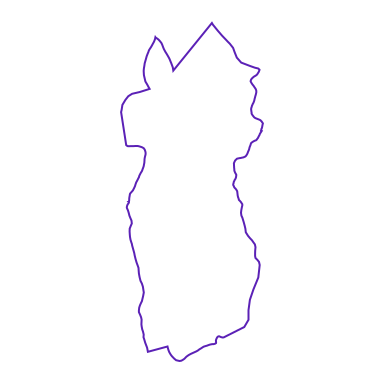 Monchy/Ti Dauphin, Gros Islet, Saint Lucia
{"feature_id": "8701671B56834223394204", "entity_name": "Monchy/Ti Dauphin", "entity_type": "district", "adm_level": 2, "iso_a3": "LCA", "parent_name": "Saint Lucia", "parent_adm1": "Gros Islet", "projection": "robinson", "projection_center": [-60.932, 14.041], "detail": "fine", "context": "isolated", "style": "outline", "palette": "violet", "viewbox_px": 384, "rotation_deg": 0, "n_neighbors": 0, "source": "geoboundaries", "source_scale": "gbopen_adm2", "svg_char_len": 5437}
<svg xmlns="http://www.w3.org/2000/svg" viewBox="0 0 384 384"><path d="M128.6,202.0L128.9,202.4L128.6,203.2L127.6,204.5L127.1,205.8L126.8,207.2L126.9,208.0L128.0,210.5L128.7,212.8L129.4,215.6L130.4,218.1L131.5,220.6L131.8,223.5L130.8,225.8L129.7,228.6L129.6,231.6L129.8,234.6L130.0,236.9L130.5,239.7L131.4,242.6L131.9,244.0L132.1,245.3L132.7,247.5L133.4,250.0L134.2,252.9L134.7,255.5L135.5,258.8L136.6,262.6L137.6,265.3L138.5,267.9L138.6,269.6L138.9,273.4L139.6,277.2L140.5,280.8L141.9,283.6L142.9,286.7L143.4,290.0L143.8,292.5L143.1,296.2L142.4,299.1L141.9,301.2L140.9,303.2L139.9,305.5L139.2,307.7L138.9,310.4L138.9,312.1L140.2,315.0L141.1,317.3L141.6,319.6L141.5,322.2L141.4,324.3L141.7,326.6L142.2,329.3L143.0,331.6L143.7,334.6L143.5,337.2L144.3,339.6L145.2,342.7L147.1,347.7L147.9,351.8L167.5,346.5L167.9,348.2L168.5,350.2L169.3,352.2L170.7,354.6L171.9,356.2L174.2,358.6L176.1,360.2L179.5,361.0L181.3,360.7L182.6,360.0L184.4,358.8L186.4,356.7L188.6,355.1L190.8,353.9L193.2,352.8L196.3,351.4L197.9,350.5L199.3,349.4L201.0,348.4L202.5,347.4L203.6,346.7L205.1,346.2L207.2,345.6L207.9,345.3L209.9,344.6L210.4,344.5L212.3,344.1L212.8,344.1L213.7,344.1L215.1,343.7L216.0,343.1L216.1,342.3L216.0,341.4L215.9,340.6L216.1,339.7L216.5,338.7L217.1,337.5L217.6,336.9L218.3,336.4L219.2,336.3L221.0,337.1L222.6,337.5L223.6,337.4L223.9,337.3L244.3,327.0L248.5,319.8L248.5,310.2L249.9,299.8L253.4,289.5L258.3,277.5L259.7,265.0L259.0,261.9L257.4,259.9L255.5,258.0L255.1,256.0L255.1,253.1L255.2,250.4L255.5,247.2L254.9,244.4L253.1,241.9L252.0,240.3L250.0,238.2L248.0,235.8L245.8,232.3L245.4,228.8L244.7,225.8L243.7,222.1L242.4,217.8L241.4,215.6L241.0,212.8L241.3,210.2L241.9,207.1L242.3,205.5L242.3,204.2L240.8,201.9L240.6,201.7L239.9,200.9L238.9,199.9L238.7,199.0L238.4,198.0L238.1,197.3L237.7,195.6L237.6,194.8L237.5,193.9L237.4,193.0L237.2,191.3L236.8,190.5L236.3,189.7L235.8,189.0L235.3,188.4L234.8,188.0L234.2,187.2L233.9,186.2L233.4,185.5L233.2,184.7L233.3,183.9L233.6,183.1L233.7,182.1L234.1,181.3L234.7,179.9L235.1,179.4L235.4,178.9L235.7,178.2L236.0,177.3L236.2,175.9L236.3,174.9L235.9,174.0L235.5,173.4L234.8,171.9L234.4,170.8L234.3,169.9L234.3,169.1L234.1,167.6L234.1,166.7L234.0,165.6L234.0,164.6L233.9,163.3L234.3,162.3L234.7,161.4L235.1,160.6L235.5,160.1L236.2,159.5L236.8,158.8L237.7,158.5L238.3,158.4L239.7,158.1L240.7,158.0L241.4,157.8L242.3,157.6L242.9,157.5L243.7,157.3L244.2,157.0L245.2,156.6L245.9,156.0L246.8,154.7L247.2,154.0L247.6,153.1L247.9,152.2L248.5,150.8L248.9,149.9L249.2,149.0L249.4,148.0L249.8,146.7L250.2,145.8L250.6,144.7L250.8,143.9L251.1,143.1L251.5,142.8L252.2,142.2L253.1,141.6L253.8,141.2L255.0,140.6L255.8,140.4L256.6,139.8L257.2,138.9L258.0,137.9L258.4,137.0L258.9,136.0L259.4,135.2L259.6,134.7L259.8,134.0L259.9,133.8L261.7,131.0L261.0,130.7L261.3,129.9L261.4,129.0L261.9,128.0L262.2,126.7L262.4,125.5L262.6,124.5L262.9,123.5L262.5,122.7L262.0,122.1L261.7,121.5L261.3,121.2L260.9,120.7L260.4,120.2L259.6,119.8L258.4,119.3L257.6,119.0L256.6,118.6L255.8,118.3L254.7,117.7L254.1,117.2L253.4,116.3L252.9,115.7L252.0,114.4L251.6,113.6L251.6,113.2L251.6,112.5L251.5,112.1L251.4,111.5L251.2,109.9L251.1,109.1L251.3,108.1L251.4,107.6L251.6,107.2L251.8,106.5L252.0,105.6L252.6,104.5L252.8,103.8L253.5,102.7L253.8,101.8L254.0,101.3L254.3,100.4L254.5,99.4L254.7,98.5L255.0,97.5L255.3,96.2L255.6,95.3L255.9,94.2L256.1,93.3L256.3,92.4L256.3,91.8L256.3,91.3L256.3,90.8L256.0,89.8L255.7,89.0L254.9,87.8L254.4,87.1L253.9,86.3L253.4,85.6L252.4,84.4L251.9,83.6L251.3,82.7L250.9,81.9L250.6,81.3L250.8,80.4L251.1,79.6L251.7,78.7L252.3,78.1L252.8,77.6L253.4,77.1L254.0,76.6L254.7,76.2L255.6,75.7L256.8,74.8L257.3,74.2L257.8,73.4L258.3,72.6L258.8,71.8L259.0,71.2L259.4,70.3L259.5,69.7L258.2,68.5L254.9,67.7L250.1,66.0L241.2,62.6L236.8,57.6L234.6,52.1L233.1,47.9L229.8,43.7L227.7,41.6L226.5,40.3L222.1,35.7L217.7,30.6L212.9,24.7L211.9,23.0L173.3,70.6L173.1,69.2L172.8,67.4L172.3,66.0L171.5,63.9L171.3,63.3L171.0,62.6L170.3,60.9L169.5,58.9L169.3,58.6L169.1,58.1L168.3,56.7L167.1,54.6L166.0,52.8L165.7,52.4L164.7,50.6L163.8,48.9L163.4,47.9L162.6,45.8L162.2,44.7L161.4,43.0L160.7,42.1L159.8,41.0L158.9,40.0L158.3,39.4L156.5,38.1L155.7,37.6L155.4,37.2L155.3,37.6L155.1,38.8L154.5,40.5L153.8,42.1L153.0,43.5L152.2,45.0L151.2,46.8L150.5,47.9L150.0,48.6L148.9,50.4L148.4,52.0L147.7,53.6L147.4,54.4L146.7,56.2L145.9,59.1L145.3,61.2L144.7,63.3L144.3,66.1L143.9,68.4L143.7,70.5L143.7,71.4L143.9,74.9L144.0,75.5L145.4,81.5L146.4,83.2L146.6,83.5L147.4,84.9L148.3,86.6L149.6,88.9L139.8,92.0L132.1,93.8L128.3,96.2L125.4,99.9L122.4,104.9L121.6,110.0L121.1,112.1L126.2,145.1L127.5,146.1L128.5,146.2L133.8,146.1L135.4,146.0L137.5,146.0L138.7,146.2L139.4,146.4L140.7,146.8L141.9,147.2L143.0,147.8L143.7,148.2L144.4,149.2L144.7,149.6L145.0,150.5L145.3,151.3L145.5,152.2L145.6,152.9L145.6,153.7L145.5,154.8L145.2,155.8L144.9,157.1L144.7,158.0L144.5,159.5L144.5,160.2L144.4,161.7L144.4,162.2L144.2,163.5L144.0,164.3L143.9,165.0L143.8,165.6L143.6,166.5L143.3,167.3L143.0,168.2L142.7,168.9L142.3,170.1L142.0,170.9L141.5,171.8L141.0,172.5L140.3,173.8L139.9,174.6L139.4,175.6L139.1,176.4L139.0,177.1L138.6,177.8L138.2,178.6L137.7,179.6L137.3,180.4L136.6,181.7L136.2,182.4L135.8,183.6L135.5,184.4L135.1,185.8L134.8,186.6L134.3,187.6L134.1,188.1L133.9,188.5L133.3,189.6L133.0,190.3L130.1,193.6L129.9,194.4L129.8,194.7L129.7,195.6L129.4,197.2L129.3,197.9L129.2,198.9L129.2,200.0L128.9,202.0L128.6,202.0Z" fill="none" stroke="#5b21b6" stroke-width="2"/></svg>